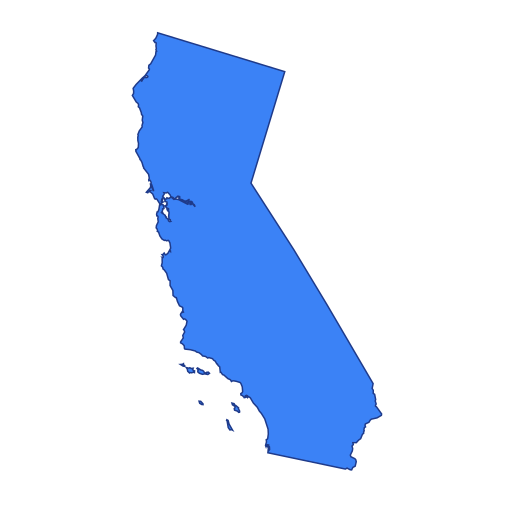 outline of California, rotated 17°
{"feature_id": "USA-3521", "entity_name": "California", "entity_type": "State", "adm_level": 1, "iso_a3": "USA", "parent_name": "United States of America", "parent_adm1": "", "projection": "robinson", "projection_center": [-120.441, 37.266], "detail": "fine", "context": "isolated", "style": "filled", "palette": "blue", "viewbox_px": 512, "rotation_deg": 17, "n_neighbors": 0, "source": "natural_earth", "source_scale": "10m", "svg_char_len": 6126}
<svg xmlns="http://www.w3.org/2000/svg" viewBox="0 0 512 512"><g transform="rotate(17 256 256)"><path d="M403.8,433.6L324.9,440.7L324.0,436.2L323.5,435.3L321.6,434.7L321.5,434.2L322.2,433.6L323.4,434.1L325.2,438.0L325.6,437.2L324.6,434.5L323.1,433.5L323.2,433.0L322.0,433.1L321.1,433.8L321.2,435.3L320.5,434.4L320.4,430.8L319.5,428.7L320.3,428.0L320.5,426.8L319.8,422.6L318.2,418.1L312.0,409.2L307.2,405.0L304.5,403.3L301.5,400.3L296.5,397.4L291.9,393.2L288.9,392.4L289.6,393.3L289.4,393.7L288.5,392.1L287.4,392.3L286.7,392.7L286.8,394.3L286.2,394.8L283.9,393.5L282.2,393.3L281.7,392.0L282.7,390.8L282.9,389.6L281.1,385.1L278.8,382.3L277.8,381.6L273.8,381.6L271.1,381.9L269.9,382.4L269.2,383.2L267.7,381.8L265.0,381.5L260.0,379.2L258.7,379.2L256.1,377.2L255.8,377.5L253.7,372.6L251.8,371.8L250.7,370.6L250.1,370.7L247.8,368.5L246.0,368.0L244.4,366.9L240.7,366.9L239.7,367.7L237.1,366.8L234.1,367.2L232.7,366.2L229.8,365.1L227.2,365.2L225.8,364.6L220.6,364.8L215.3,365.8L214.7,365.5L213.5,362.7L211.3,361.5L209.3,361.1L209.0,360.2L210.4,355.6L209.2,353.4L210.0,349.5L209.1,348.1L208.2,347.6L209.5,342.6L209.1,338.5L207.1,337.2L205.7,337.1L205.2,337.7L201.5,335.2L200.9,334.2L200.9,333.3L202.0,329.9L202.2,331.4L203.0,330.9L201.9,329.5L201.2,327.1L200.5,326.5L197.4,326.0L194.2,322.5L192.0,319.1L191.2,319.3L188.2,318.0L186.6,313.3L182.5,309.4L181.1,304.8L179.2,304.2L175.6,298.6L172.3,296.1L170.9,295.6L170.0,294.0L168.4,293.1L168.3,289.9L167.0,286.0L167.1,285.0L166.6,284.7L167.6,284.5L167.4,283.3L165.9,282.2L166.3,282.1L167.3,280.0L168.9,281.4L169.5,281.2L170.9,279.3L171.6,276.1L172.9,276.7L172.7,276.1L171.7,275.6L172.1,273.5L171.6,272.3L169.9,268.7L168.4,267.1L167.4,266.7L166.2,267.6L164.6,267.4L163.8,267.9L161.0,267.2L158.2,264.9L155.8,261.6L154.4,261.3L154.5,260.6L153.5,259.1L152.3,258.3L151.9,256.0L152.5,251.9L151.1,248.8L151.0,247.3L150.0,246.3L149.4,246.6L148.7,245.1L148.6,242.7L149.3,242.4L149.5,239.9L148.9,235.4L149.9,235.0L150.2,234.2L152.4,234.3L154.1,237.4L153.8,238.0L152.9,238.2L153.4,240.3L153.1,241.2L154.1,241.9L153.4,242.3L157.4,243.7L157.7,244.5L159.0,245.0L158.8,245.7L161.1,246.5L162.2,248.1L163.5,248.4L164.4,247.8L163.8,247.5L163.4,246.3L162.4,246.2L161.9,245.7L160.8,243.3L160.2,240.0L159.3,238.6L158.8,238.2L158.6,238.6L157.4,237.7L157.1,236.9L158.7,236.9L158.5,236.3L156.4,236.1L155.9,235.5L154.8,235.4L155.1,234.5L154.6,234.4L156.0,233.4L155.8,232.2L155.4,232.3L155.4,231.3L155.0,230.4L153.0,230.5L153.1,230.0L151.7,228.2L152.8,228.6L152.9,228.0L154.0,227.3L153.8,226.4L156.0,226.4L156.7,225.3L158.3,224.6L160.8,225.9L162.9,225.0L165.5,224.7L175.5,226.5L175.8,226.2L174.6,225.6L175.8,225.0L176.2,223.6L178.2,223.0L179.0,223.3L179.2,224.0L178.9,224.4L177.8,224.4L177.4,225.1L178.0,226.0L179.0,225.7L179.4,224.3L183.4,226.7L182.1,225.1L180.1,224.3L179.4,223.1L178.3,222.7L175.9,223.2L175.3,224.9L173.9,225.7L172.7,225.4L172.7,224.5L174.7,223.2L175.8,221.1L173.7,223.4L171.9,224.4L170.5,224.0L168.9,224.8L167.9,224.6L168.5,223.8L166.5,223.9L165.1,223.0L166.0,222.5L165.6,221.5L163.8,221.6L161.4,225.2L160.5,225.2L159.7,224.3L157.2,224.1L155.9,222.6L152.9,220.9L151.6,222.0L149.4,222.4L149.9,222.8L150.1,223.9L149.3,226.2L151.2,227.4L149.7,228.0L150.1,229.1L149.3,229.2L149.3,229.8L151.4,231.5L150.8,232.2L150.2,231.3L149.5,231.0L149.5,231.8L150.1,232.3L150.4,233.4L148.5,234.0L144.8,230.8L143.9,230.5L143.0,231.1L142.1,230.6L139.1,226.9L135.9,225.5L135.6,224.9L136.0,224.3L135.1,224.5L135.5,225.7L134.1,226.3L134.0,226.9L134.6,227.2L132.5,227.1L135.1,221.2L134.6,219.1L133.6,217.4L139.0,224.0L138.8,223.1L135.5,218.4L134.5,217.6L134.3,216.5L133.4,215.3L132.6,214.6L131.5,215.3L131.1,214.3L131.2,212.8L129.4,209.3L122.8,204.7L122.6,203.9L121.9,203.4L119.7,200.0L117.9,198.1L116.9,197.7L116.4,196.7L110.5,191.0L110.0,189.5L110.5,189.4L111.7,186.7L110.7,182.6L109.3,180.2L108.2,176.9L108.1,175.2L107.5,174.3L107.8,170.5L109.4,165.8L108.8,164.5L108.8,161.4L107.5,159.4L106.8,155.3L105.1,154.0L104.4,152.4L101.2,148.3L99.8,147.7L99.5,145.8L98.6,144.6L96.4,143.7L90.8,138.6L91.4,136.4L90.8,134.1L89.5,131.6L91.2,127.0L95.1,119.4L95.4,119.7L94.4,121.7L95.5,122.2L95.9,121.6L95.7,120.2L96.3,119.9L96.9,117.8L98.9,117.5L100.0,116.8L100.2,116.1L99.6,115.5L97.9,115.4L96.4,118.4L95.6,119.4L95.3,119.1L97.2,115.9L99.4,109.4L99.4,108.4L98.3,107.7L97.8,104.9L99.1,103.0L101.2,93.2L100.6,89.8L101.1,89.2L100.0,88.1L100.0,86.7L98.9,84.3L98.3,81.5L97.4,81.1L97.0,81.4L95.1,80.0L96.5,77.1L97.1,72.8L96.7,71.3L229.6,71.3L229.9,187.8L290.3,238.9L338.2,281.9L405.3,343.8L405.8,348.7L407.4,350.1L408.3,353.1L409.9,353.6L412.4,358.3L412.4,359.8L414.2,362.4L413.9,363.6L414.2,364.7L415.3,365.0L422.3,370.3L422.5,371.7L419.1,375.4L414.0,378.3L413.2,379.6L412.6,382.0L409.7,384.6L409.7,385.9L410.7,387.4L409.8,388.3L410.0,390.8L410.6,391.5L410.3,392.8L410.8,393.9L409.9,395.5L409.5,400.1L408.0,402.0L406.5,405.2L403.2,406.2L404.2,407.9L403.4,409.7L404.8,412.0L405.1,414.3L404.4,418.8L405.4,420.2L409.7,420.9L410.9,421.6L412.0,423.4L412.3,428.0L410.4,429.9L410.0,432.6L408.6,432.9L405.1,432.2L403.8,433.6ZM245.8,381.8L244.6,383.4L241.4,383.7L239.4,384.8L236.2,384.7L234.3,383.9L233.9,382.8L234.2,381.9L232.4,380.8L232.9,380.1L236.5,381.1L238.1,381.0L239.6,381.5L240.5,382.4L242.2,382.6L242.8,382.4L242.9,381.6L244.4,381.0L245.8,381.8ZM228.7,381.7L228.6,383.0L229.9,384.0L230.8,383.8L231.2,385.5L230.2,385.4L228.6,386.5L226.9,386.8L226.6,387.3L224.4,386.2L223.3,384.2L222.0,383.1L224.6,382.9L225.4,382.2L227.0,382.5L228.7,381.7ZM279.9,406.0L277.0,405.2L276.0,403.7L278.2,403.6L279.5,405.0L280.2,404.8L283.7,406.3L283.8,407.1L285.7,409.1L285.9,410.2L285.2,410.6L283.6,409.8L280.6,409.7L279.8,408.3L280.3,407.3L279.9,406.0ZM279.4,424.6L284.5,429.4L283.4,429.2L281.9,430.0L279.6,428.2L276.4,421.8L276.0,421.8L276.0,421.1L277.4,421.4L279.4,424.6ZM245.6,411.1L248.5,412.8L248.8,413.6L247.5,413.9L245.2,413.3L244.0,411.5L245.6,411.1ZM218.5,381.3L219.8,381.6L220.1,382.4L218.4,382.6L215.5,381.8L217.3,381.1L218.1,380.2L218.5,381.3ZM288.0,392.4L288.4,392.7L287.7,392.9L288.0,393.8L287.3,394.3L287.2,393.8L287.7,393.6L287.6,393.0L286.9,393.8L287.0,393.1L288.0,392.4Z" fill="#3b82f6" stroke="#1e3a8a" stroke-width="1.5"/></g></svg>